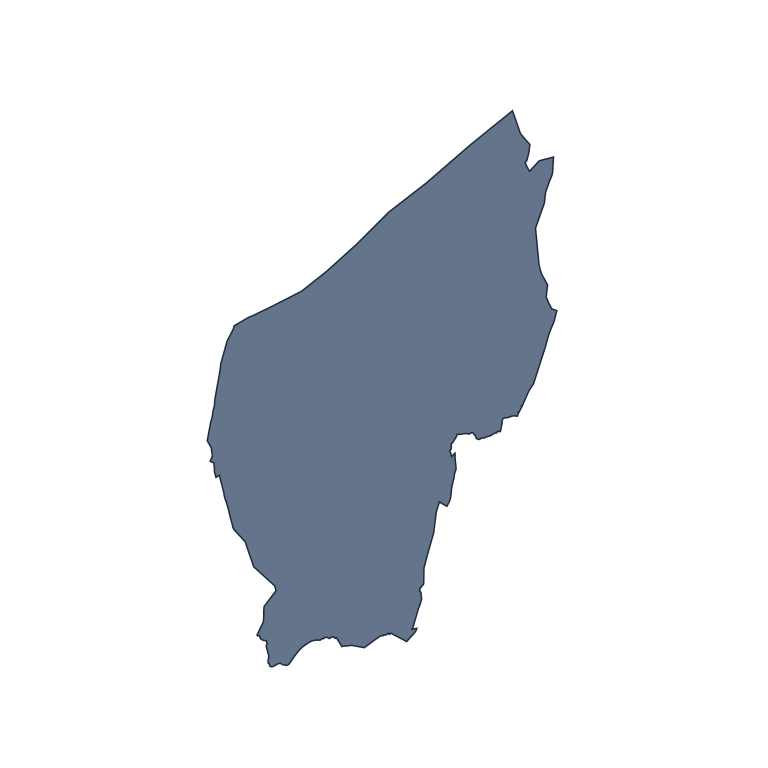 the district of Nes nor, Buskerud, Norway, rotated 122°
{"feature_id": "86288312B23608976115217", "entity_name": "Nes nor", "entity_type": "district", "adm_level": 2, "iso_a3": "NOR", "parent_name": "Norway", "parent_adm1": "Buskerud", "projection": "natural_earth1", "projection_center": [9.142, 60.547], "detail": "fine", "context": "isolated", "style": "filled", "palette": "slate", "viewbox_px": 768, "rotation_deg": 122, "n_neighbors": 0, "source": "geoboundaries", "source_scale": "gbopen_adm2", "svg_char_len": 6083}
<svg xmlns="http://www.w3.org/2000/svg" viewBox="0 0 768 768"><g transform="rotate(122 384 384)"><path d="M664.3,358.6L664.5,358.3L664.6,357.9L664.2,357.3L664.0,356.8L663.6,356.3L663.7,355.8L664.3,355.2L665.0,354.7L665.4,353.9L665.5,353.0L665.4,352.4L665.5,352.0L665.4,350.6L665.0,349.7L664.5,348.8L664.5,348.2L664.3,347.6L664.3,347.3L665.1,346.7L665.9,345.8L666.2,345.6L667.8,345.3L668.5,345.2L668.8,345.0L669.9,343.8L670.9,342.9L671.8,341.6L672.3,340.9L673.1,340.6L673.5,340.3L673.8,339.9L673.9,339.1L675.1,338.2L675.9,337.5L676.4,337.4L677.5,336.7L679.1,336.1L680.5,335.3L681.1,335.2L681.5,334.8L681.8,334.3L682.1,334.1L682.0,333.2L683.1,332.0L683.5,331.8L683.7,331.5L683.8,330.7L683.8,330.2L683.2,329.3L682.3,328.3L680.8,327.4L678.9,326.5L676.6,324.9L676.1,324.3L675.7,323.6L675.8,323.0L675.6,320.5L674.6,318.5L674.4,317.7L673.7,317.0L672.8,316.4L671.5,316.1L670.4,316.0L660.7,315.5L655.6,315.0L652.7,314.4L650.1,313.7L647.0,312.5L643.2,310.8L640.8,309.5L639.0,307.9L637.3,306.1L635.8,303.7L635.4,302.8L635.1,302.5L634.7,302.2L634.0,301.8L632.7,301.5L632.5,301.3L632.5,301.0L632.2,300.5L631.8,300.2L630.3,299.7L629.7,299.3L629.4,299.0L629.2,298.5L628.9,296.4L628.9,295.8L628.9,295.6L628.6,295.4L628.1,295.0L626.8,294.6L626.4,294.4L626.2,294.3L626.0,293.9L625.9,293.3L625.8,293.1L625.3,292.8L625.1,292.4L625.1,292.0L625.1,291.7L625.3,291.5L625.4,291.3L625.6,290.9L625.6,290.6L625.5,290.4L624.6,290.1L624.3,289.8L624.5,289.5L624.6,289.1L624.7,288.9L625.0,288.7L627.7,283.2L628.1,282.7L628.2,282.2L628.4,281.8L628.6,280.9L628.9,280.6L628.7,280.5L628.4,280.1L625.4,276.1L622.7,272.9L622.0,270.9L618.1,261.0L604.6,255.7L601.2,254.1L600.4,254.0L599.5,253.3L598.6,252.9L598.5,252.7L598.4,252.5L598.5,251.8L598.4,251.6L598.2,251.5L597.6,251.5L597.0,251.2L596.9,250.8L596.3,250.3L596.1,249.6L595.8,249.2L594.1,249.0L593.5,248.4L593.2,248.3L593.0,247.9L592.9,247.7L593.2,247.7L593.4,247.4L593.6,247.4L593.7,247.2L593.7,246.9L593.1,246.5L592.6,246.7L592.2,246.5L592.1,246.3L591.9,246.0L591.8,245.8L591.7,245.8L591.6,245.6L591.5,243.1L591.4,241.7L591.3,241.1L591.2,239.3L591.1,238.8L591.1,237.8L590.8,234.6L590.8,233.7L590.7,232.8L590.5,228.3L578.5,226.2L577.1,226.1L575.2,226.3L573.8,226.7L577.1,230.3L576.0,230.3L574.9,230.5L556.1,235.8L551.3,236.7L545.8,238.4L545.6,238.8L545.0,239.2L544.7,239.5L544.4,240.0L542.7,240.9L541.5,241.9L541.1,242.4L541.1,243.1L540.6,243.3L540.2,244.2L540.3,244.4L539.7,244.4L539.5,244.6L539.1,244.8L539.0,245.0L538.9,245.1L538.6,245.1L538.3,245.0L537.9,245.2L537.7,245.1L537.0,245.2L536.8,244.8L536.5,244.7L535.0,244.9L534.5,244.9L533.8,244.6L533.7,244.3L533.5,244.2L531.8,244.8L531.5,244.9L531.4,245.2L531.1,245.2L518.9,252.6L506.3,256.5L483.8,263.0L464.7,271.9L454.6,274.5L454.7,271.6L454.5,269.3L454.5,265.9L449.3,266.2L445.7,267.0L442.9,268.3L438.6,270.4L436.7,271.4L434.4,272.2L431.3,273.4L428.8,274.2L427.3,274.5L424.4,275.9L422.0,276.8L418.1,277.7L414.6,280.2L409.9,284.0L409.0,284.5L408.6,284.8L408.2,285.2L407.3,285.6L405.8,286.5L405.0,287.3L408.5,287.9L409.7,288.3L408.9,289.0L407.2,290.9L406.8,291.1L406.8,291.3L406.9,292.0L406.5,292.6L406.2,292.7L405.1,292.6L404.8,292.6L404.4,292.6L404.2,292.5L403.5,292.7L403.2,292.9L402.8,292.9L402.4,293.1L402.1,293.4L401.6,293.7L401.0,293.8L400.8,294.0L400.7,294.3L400.2,294.6L400.0,294.9L399.8,295.0L398.6,295.1L398.2,295.0L397.6,294.7L397.0,294.6L396.2,294.7L395.7,294.7L395.2,294.8L395.0,294.7L393.2,294.7L391.2,294.6L390.1,294.8L389.8,294.7L389.2,295.0L387.8,295.2L387.3,294.1L386.3,292.7L384.8,290.9L383.9,290.1L382.8,288.6L382.6,288.1L382.3,287.7L382.0,286.7L381.4,285.8L381.3,285.6L381.3,285.3L381.1,285.1L380.8,284.8L379.1,284.1L378.8,283.9L378.4,283.3L378.4,282.8L378.4,282.5L378.8,281.7L379.3,279.4L379.3,279.2L380.2,278.5L380.4,277.9L381.2,277.0L381.4,276.3L381.0,275.6L381.0,275.0L380.9,274.6L380.4,273.5L379.1,273.1L377.8,272.4L377.5,271.9L377.4,271.4L377.2,271.0L376.6,270.4L374.1,268.7L372.4,267.1L370.9,265.9L370.3,265.6L368.7,265.0L367.9,264.6L366.4,263.4L365.8,262.5L364.1,262.8L363.6,261.6L363.3,261.3L363.2,260.9L362.6,260.9L362.2,260.7L362.6,260.8L363.0,260.6L363.0,260.4L362.6,260.1L359.9,261.0L356.9,262.3L354.9,262.9L353.0,264.0L350.3,264.9L348.8,263.6L348.3,263.3L348.2,263.1L348.2,262.7L347.0,261.5L345.8,260.2L344.6,259.3L344.3,259.2L344.0,258.8L343.3,258.4L343.0,258.1L342.5,257.4L342.3,256.9L341.7,256.3L341.4,255.2L341.0,254.5L340.9,254.2L340.5,253.8L338.0,254.4L336.5,255.3L336.3,254.5L334.9,254.7L329.8,255.1L329.8,255.8L329.7,255.9L329.4,255.8L329.1,255.5L329.0,255.3L329.0,255.2L313.8,257.4L304.1,257.4L267.4,266.7L253.8,270.7L253.5,270.7L251.6,271.1L240.9,272.9L230.2,276.3L231.3,281.7L227.8,287.6L224.2,292.6L213.2,297.8L211.9,300.4L211.4,301.1L209.5,304.4L207.5,308.3L206.5,309.3L203.4,313.1L200.0,316.3L194.3,320.6L189.2,324.6L186.5,326.6L171.5,338.1L145.5,343.9L135.7,348.6L124.7,351.0L119.5,351.9L116.4,352.6L111.6,355.1L101.7,360.5L112.4,370.6L126.5,373.3L124.4,377.1L121.9,381.2L121.6,381.3L121.1,381.3L120.7,381.5L120.2,381.4L119.7,381.5L118.6,381.3L115.9,382.2L112.0,383.4L103.6,387.1L101.3,395.0L99.3,401.0L86.5,416.9L84.2,419.9L87.6,421.0L102.9,426.3L109.9,428.8L115.1,430.5L136.7,437.9L191.0,454.6L235.6,471.0L280.5,481.4L288.9,483.8L319.9,492.7L349.0,503.1L377.1,519.9L396.6,532.2L398.6,533.8L413.9,541.9L417.4,540.9L430.7,539.8L453.4,533.1L458.1,530.8L469.4,526.2L472.0,525.2L486.9,519.2L490.8,517.1L492.3,516.3L496.6,515.0L497.4,514.6L500.3,513.4L502.9,512.2L508.3,510.7L509.9,510.1L525.8,503.8L529.6,496.8L535.5,491.8L536.1,491.3L541.7,490.5L541.1,486.4L544.4,484.0L545.2,483.4L545.7,482.7L546.7,482.3L547.8,481.7L548.9,480.7L551.2,478.1L551.8,477.6L551.4,477.4L552.1,476.9L548.6,475.3L550.8,473.1L551.9,471.8L553.4,470.4L555.2,468.3L556.6,466.9L560.2,463.2L561.8,461.6L562.4,461.2L565.0,458.7L567.1,455.9L572.5,449.8L578.5,443.8L584.4,437.3L585.6,436.5L587.0,434.0L591.4,418.0L594.6,414.3L595.1,413.6L600.9,406.4L601.9,405.3L603.4,403.3L608.1,397.6L613.1,369.7L616.1,366.4L616.5,366.1L617.0,366.1L636.1,367.8L641.8,364.9L642.6,364.1L643.8,363.5L644.8,362.8L649.4,360.3L661.2,359.0L664.3,358.6Z" fill="#64748b" stroke="#1e293b" stroke-width="1.5"/></g></svg>